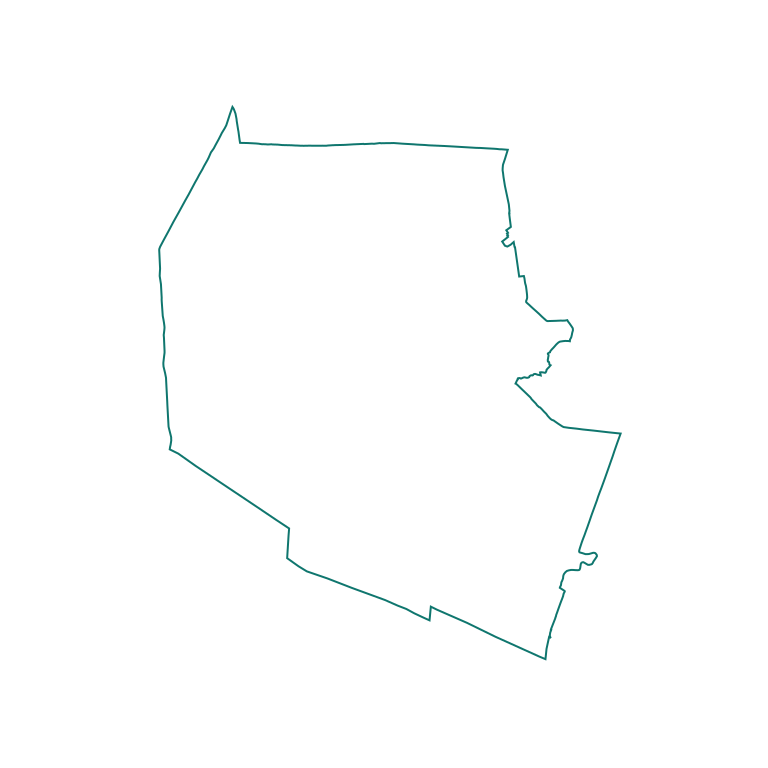 Gratia, Teleorman, Romania, rotated 79°
{"feature_id": "2599482B57030470282711", "entity_name": "Gratia", "entity_type": "district", "adm_level": 2, "iso_a3": "ROU", "parent_name": "Romania", "parent_adm1": "Teleorman", "projection": "mercator", "projection_center": [25.423, 44.436], "detail": "fine", "context": "isolated", "style": "outline", "palette": "teal", "viewbox_px": 768, "rotation_deg": 79, "n_neighbors": 0, "source": "geoboundaries", "source_scale": "gbopen_adm2", "svg_char_len": 6084}
<svg xmlns="http://www.w3.org/2000/svg" viewBox="0 0 768 768"><g transform="rotate(79 384 384)"><path d="M407.3,606.8L413.1,599.2L428.4,584.6L479.2,533.4L497.0,515.6L507.7,504.7L514.5,506.6L536.5,512.3L546.6,502.7L553.2,495.5L564.1,476.6L578.0,454.5L596.2,424.3L604.2,412.8L609.1,405.0L614.9,398.0L621.1,389.5L624.7,384.4L611.5,380.5L615.7,375.0L634.3,348.1L653.4,322.8L681.1,283.7L684.9,278.0L675.0,275.0L663.8,270.2L665.1,268.6L664.7,268.8L664.3,269.1L663.7,269.2L663.0,269.2L662.1,269.1L660.9,268.7L659.6,268.2L657.3,266.8L657.1,267.1L656.5,266.8L653.0,264.6L646.7,260.6L645.7,260.2L645.2,259.7L643.5,259.0L641.4,257.7L638.3,255.9L632.1,252.2L628.6,250.0L626.3,248.6L625.4,248.3L625.0,248.0L624.1,247.7L623.0,246.8L622.3,246.2L621.9,246.1L621.5,246.3L620.8,247.0L617.6,250.3L617.1,250.1L615.3,248.7L613.0,247.9L612.3,247.6L611.2,246.7L608.9,245.3L607.4,244.9L606.1,244.4L604.9,243.6L603.4,241.9L602.4,240.1L602.2,238.1L602.2,235.9L602.6,233.9L603.1,232.1L603.8,229.2L603.8,228.0L603.6,227.5L603.1,227.1L602.0,226.5L598.3,225.2L597.2,224.3L596.9,223.4L596.9,222.5L597.6,221.5L599.3,219.6L600.3,218.5L600.7,217.2L600.6,215.0L600.4,214.2L599.6,213.3L598.2,212.3L595.1,209.1L593.6,207.8L593.0,207.8L592.3,207.8L591.7,208.1L590.4,208.8L589.8,209.9L589.6,210.9L590.0,215.3L589.8,216.8L589.4,218.8L588.0,221.3L586.8,223.7L586.5,224.2L586.1,224.3L585.7,224.4L585.2,224.3L584.6,224.1L582.8,223.2L577.2,220.1L574.7,218.6L570.4,215.9L567.5,214.2L563.2,211.6L557.2,208.1L551.8,205.0L538.7,197.1L535.4,195.3L531.3,192.8L527.8,190.6L520.0,185.9L507.6,178.6L503.3,176.1L498.9,173.5L493.9,170.7L487.2,166.8L477.8,161.2L474.3,172.7L469.8,186.9L466.6,197.4L464.5,203.7L462.3,210.9L461.0,214.6L460.6,215.8L459.7,217.0L456.2,220.6L452.9,223.8L452.1,224.5L451.5,225.7L450.4,226.9L449.0,227.9L446.5,229.4L444.3,230.4L443.4,231.0L441.5,232.3L439.0,233.8L436.9,235.2L436.7,235.4L436.3,236.2L436.1,236.3L435.7,236.6L434.9,237.2L434.4,237.6L433.7,238.0L432.3,238.6L429.7,240.3L426.9,242.1L425.8,242.5L424.9,243.0L415.1,249.9L410.5,253.1L409.1,254.2L408.7,254.8L406.2,253.0L404.9,251.7L404.6,251.9L403.9,251.3L404.0,250.1L404.1,249.5L404.7,248.8L404.8,248.4L404.7,247.8L404.5,247.1L404.3,246.2L404.2,245.0L404.3,244.6L405.0,243.1L405.2,242.5L405.3,241.6L405.1,240.7L405.0,240.2L404.1,239.6L403.9,239.2L403.5,237.9L403.6,237.5L403.8,237.1L403.9,236.8L403.9,236.4L403.8,236.1L403.4,235.8L403.2,235.5L403.0,235.2L402.9,234.6L402.9,233.9L403.1,233.3L404.2,231.5L404.8,229.9L405.5,228.5L404.8,228.5L403.0,228.6L402.4,228.6L402.4,228.0L402.5,227.2L402.9,225.9L403.6,224.1L403.7,223.6L403.7,223.4L403.5,223.1L403.2,222.9L402.6,222.4L401.7,221.9L401.2,221.8L400.9,221.5L400.0,220.4L399.1,219.0L397.4,216.9L396.8,217.7L396.3,217.9L395.9,217.9L395.3,217.8L394.6,217.8L393.6,218.0L393.3,218.5L393.2,218.8L392.6,218.8L392.0,218.7L391.4,218.6L390.6,218.2L388.8,217.6L388.2,217.3L387.7,217.1L387.1,217.0L386.7,217.0L385.9,217.4L385.6,217.4L385.3,217.3L385.2,217.1L384.8,216.1L384.5,215.4L384.5,215.0L384.2,214.9L383.6,214.5L382.8,213.6L382.0,212.6L380.6,210.6L379.3,208.9L378.1,207.4L377.4,206.3L376.5,204.8L376.2,203.9L376.0,203.3L376.0,202.4L376.1,200.1L376.3,197.9L376.6,196.6L377.0,194.8L377.5,193.4L375.8,192.9L374.8,192.0L373.7,191.2L371.3,190.1L370.2,189.7L368.7,189.0L367.8,188.5L367.3,188.3L366.7,188.2L365.8,188.1L365.4,188.1L364.9,188.2L362.5,189.2L360.0,190.3L357.8,191.4L356.3,191.9L356.3,194.0L356.0,196.0L355.4,199.0L354.8,203.1L353.5,211.1L353.4,211.6L353.1,212.1L352.8,212.5L352.4,212.8L351.8,213.3L348.2,216.0L344.6,218.5L338.4,223.2L335.7,225.2L334.0,226.4L332.1,227.9L331.1,228.6L330.7,228.8L330.4,228.8L330.0,228.7L329.6,228.6L327.6,227.4L326.6,227.0L325.4,226.8L324.0,226.6L321.8,226.4L319.1,226.2L315.7,226.0L314.5,226.0L312.4,226.2L310.8,226.2L307.6,226.0L306.5,226.0L304.7,226.1L304.6,227.5L304.4,229.6L304.3,230.8L294.5,230.3L274.8,229.3L274.7,229.6L273.5,229.7L269.4,229.6L270.6,231.7L271.2,232.6L271.6,233.6L272.0,234.8L272.6,236.6L272.1,237.7L271.4,238.5L271.4,238.8L271.2,239.0L270.6,239.2L266.7,240.8L263.3,234.2L262.0,234.7L261.6,233.9L259.9,234.6L259.3,233.4L256.4,234.6L254.0,229.5L246.0,229.0L240.5,228.6L240.5,228.3L239.1,228.2L238.1,227.8L231.5,227.2L224.7,227.3L212.6,227.5L203.6,227.2L199.7,226.9L196.9,226.8L195.5,226.5L194.7,226.3L191.9,225.5L191.2,225.2L186.1,222.3L177.7,217.8L176.2,223.2L175.8,224.7L175.8,225.2L174.7,228.7L174.0,231.3L172.7,236.5L170.7,244.3L169.8,248.4L164.2,270.2L162.2,278.1L161.8,279.7L158.3,294.3L157.1,298.6L155.5,305.1L154.3,309.5L151.7,319.7L149.8,326.7L149.3,328.5L148.7,332.1L147.3,339.7L147.2,340.1L147.2,340.8L146.7,342.0L146.3,348.0L145.8,349.9L144.7,357.8L144.4,358.2L142.9,368.4L141.8,376.8L140.9,382.2L140.5,384.4L140.3,385.5L140.1,387.0L139.8,388.8L139.6,390.5L139.2,393.5L139.1,395.1L138.7,397.3L138.4,398.6L136.4,409.0L135.8,411.8L135.2,415.4L135.0,416.3L134.9,417.3L134.5,418.7L134.1,420.8L133.4,423.6L133.0,425.4L132.0,429.3L131.4,432.0L130.5,436.2L130.0,438.4L128.7,442.8L127.6,447.7L127.2,448.8L126.7,452.4L126.0,454.8L125.5,457.2L125.4,457.9L124.9,459.3L124.2,461.2L123.4,464.0L122.8,466.4L122.0,469.6L121.2,472.9L120.3,477.2L119.8,479.3L117.0,479.2L113.5,479.0L108.4,478.7L106.7,478.7L97.8,478.4L95.7,478.2L90.2,478.2L88.4,478.5L85.9,478.9L84.2,479.4L83.1,479.9L89.4,483.6L96.1,487.3L100.0,489.5L101.5,490.7L102.4,491.4L106.9,495.5L108.4,496.6L112.5,499.8L117.3,503.8L120.2,506.1L122.9,508.9L123.5,509.6L128.3,512.9L130.5,514.6L135.9,519.2L138.6,521.3L143.3,525.4L146.8,528.2L149.7,530.7L160.8,539.7L165.7,543.9L176.2,552.6L184.8,559.9L192.9,566.4L200.4,572.6L206.6,577.6L208.6,578.8L209.6,579.1L213.1,579.6L228.1,581.8L231.9,582.8L235.2,583.6L243.4,583.9L257.1,585.8L258.3,586.1L260.3,586.4L275.0,588.2L278.4,588.2L282.0,588.3L285.1,588.5L286.8,588.7L289.0,589.3L291.8,590.2L293.9,590.9L296.8,591.2L309.6,593.1L311.6,593.5L314.9,594.6L320.9,596.5L322.4,596.8L324.9,597.1L331.7,596.8L336.4,596.8L339.0,597.2L359.6,600.1L363.6,600.7L378.8,602.8L384.6,603.6L385.8,603.6L391.2,603.3L394.9,603.1L395.8,603.1L397.3,603.4L398.8,603.6L400.8,604.3L403.0,605.1L405.0,606.0L407.3,606.8Z" fill="none" stroke="#0f766e" stroke-width="2"/></g></svg>